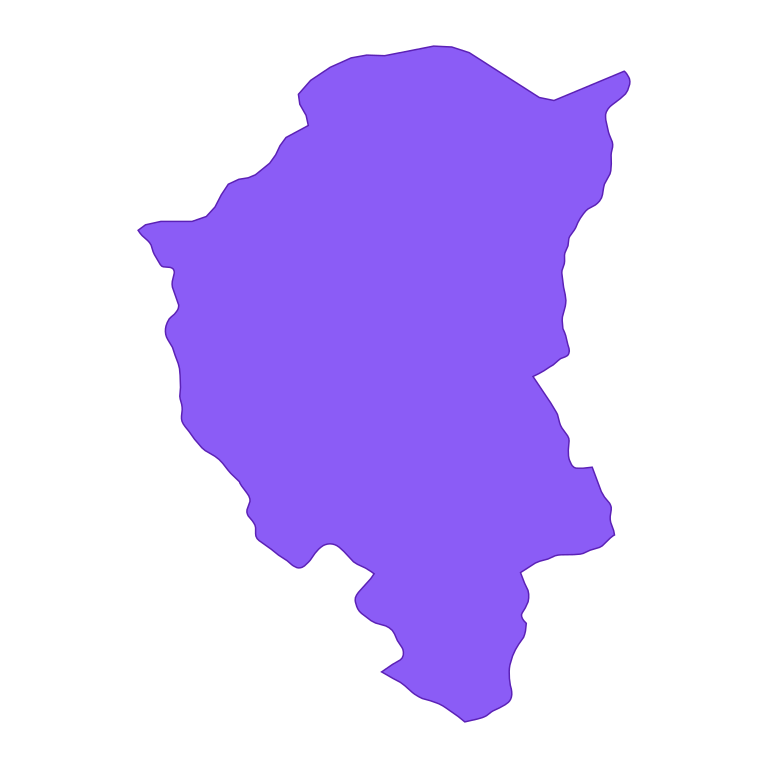 SVG path tracing the border of Severno-Backi
{"feature_id": "SRB-274", "entity_name": "Severno-Backi", "entity_type": "District", "adm_level": 1, "iso_a3": "SRB", "parent_name": "Republic of Serbia", "parent_adm1": "", "projection": "albers", "projection_center": [19.626, 45.896], "detail": "fine", "context": "isolated", "style": "filled", "palette": "violet", "viewbox_px": 768, "rotation_deg": 0, "n_neighbors": 0, "source": "natural_earth", "source_scale": "10m", "svg_char_len": 4166}
<svg xmlns="http://www.w3.org/2000/svg" viewBox="0 0 768 768"><path d="M487.7,64.5L539.3,97.5L554.0,100.5L624.2,71.2L625.4,72.2L626.7,73.8L628.8,77.3L629.5,79.0L629.9,81.6L629.7,84.2L627.7,90.3L625.5,93.9L620.3,98.6L612.4,104.6L610.1,106.5L608.2,108.7L606.3,112.0L605.6,114.6L605.6,117.3L605.8,120.0L608.5,132.2L609.4,134.9L612.3,142.0L612.7,144.5L612.6,147.1L611.4,152.4L611.1,155.1L611.3,163.8L610.8,170.7L610.0,173.9L604.4,184.2L603.6,187.6L602.5,194.6L601.5,197.9L599.5,201.1L597.5,203.2L595.3,205.0L588.1,208.9L585.9,210.8L583.5,213.7L580.3,218.2L577.8,222.7L575.7,227.7L574.4,229.9L569.8,236.3L569.1,237.8L568.8,238.9L568.0,245.8L564.9,252.9L564.5,255.2L564.6,261.1L564.3,263.7L562.0,270.5L561.8,273.0L563.6,287.3L565.2,294.7L565.9,300.4L565.7,303.3L565.3,306.2L562.4,317.0L562.2,320.4L562.9,328.6L564.6,332.5L565.7,335.6L567.8,344.5L569.0,348.4L569.3,351.1L568.8,353.5L568.2,354.7L567.4,355.6L565.3,356.8L560.6,358.6L558.3,360.4L553.2,364.9L549.6,367.0L544.2,370.6L538.9,373.6L533.0,376.5L550.7,402.9L556.3,412.2L557.5,414.5L559.6,422.7L560.5,425.3L562.0,428.1L567.6,435.8L568.8,438.4L569.1,440.9L568.3,450.1L568.5,455.9L569.0,458.7L569.6,460.5L571.2,464.0L572.2,465.7L574.1,467.4L575.9,468.1L578.0,468.2L583.2,468.2L592.2,467.2L601.3,491.6L604.4,497.0L609.7,503.4L610.6,505.3L611.2,507.2L611.2,509.9L610.2,516.5L610.2,519.4L610.7,522.4L613.7,530.7L614.5,535.0L613.2,535.7L610.4,537.9L602.3,545.8L599.5,547.4L590.1,550.2L583.2,553.4L580.2,554.1L573.9,554.6L561.0,554.8L558.0,555.1L555.0,555.8L548.0,559.0L539.8,561.2L535.4,563.0L520.5,572.6L524.6,583.3L528.0,590.4L528.7,594.1L528.7,598.0L528.1,601.8L525.3,607.9L522.2,612.9L521.5,614.7L521.7,616.8L522.6,618.9L524.0,620.9L526.3,623.3L525.5,630.9L524.7,634.2L523.6,637.3L518.6,644.4L515.4,649.8L512.6,655.9L509.9,665.0L509.4,668.3L509.2,671.6L509.4,678.5L510.3,685.2L511.3,689.0L511.7,691.7L511.8,694.5L511.4,697.1L510.7,699.1L509.7,700.8L508.4,702.3L505.2,704.7L499.4,707.9L493.2,710.8L491.4,711.9L486.5,715.7L484.5,716.7L482.3,717.6L477.5,719.0L464.8,721.9L458.2,716.5L445.5,707.6L442.7,705.8L439.1,703.9L436.5,702.9L430.3,700.7L422.3,698.5L418.7,696.7L414.9,694.4L412.4,692.5L404.8,685.7L400.3,682.3L393.1,678.5L381.6,671.9L392.5,664.4L400.3,659.9L402.2,657.9L403.3,655.1L403.4,652.0L402.9,649.4L402.1,647.7L397.4,640.6L394.5,633.9L392.3,630.4L389.1,627.7L385.7,625.9L375.5,623.0L371.1,620.7L361.5,613.4L359.4,611.3L357.8,608.9L356.7,606.4L355.4,602.0L355.2,600.3L355.4,597.7L356.6,595.0L358.4,592.4L360.7,589.8L370.7,578.7L374.1,573.8L371.0,571.5L365.4,568.0L357.4,564.3L353.5,561.8L343.9,551.5L339.3,547.3L336.8,545.6L334.8,544.7L332.7,544.1L330.0,543.8L327.3,544.1L325.2,544.7L323.3,545.5L320.9,547.2L318.6,549.2L315.0,553.3L310.3,560.1L308.5,562.1L304.5,565.9L302.1,567.3L300.3,567.8L298.4,567.9L296.8,567.6L293.4,565.9L291.7,564.7L287.1,560.7L278.5,555.1L271.3,549.3L259.1,540.6L257.1,538.6L255.9,536.1L255.6,533.7L255.6,527.7L255.0,525.2L253.8,523.0L252.4,520.9L248.2,515.9L247.4,514.1L246.9,512.2L247.0,509.8L250.0,501.4L249.9,498.9L248.8,495.9L246.8,492.9L241.5,485.8L239.9,483.1L239.4,481.7L230.9,473.5L228.2,470.4L222.7,463.3L219.1,459.5L214.8,456.2L205.2,450.6L201.9,447.8L194.5,439.2L189.2,431.7L185.1,426.6L183.3,424.0L182.0,421.3L181.5,418.8L181.5,416.2L182.2,409.8L182.1,407.1L181.7,404.4L180.2,399.0L179.8,396.3L180.5,387.4L180.1,375.4L179.5,368.6L178.2,363.5L175.1,355.3L172.5,347.4L167.8,339.6L166.5,337.0L165.7,334.3L165.4,331.5L165.5,328.7L166.0,326.0L167.3,322.4L169.2,318.9L171.3,316.8L174.4,314.2L176.4,311.7L177.5,310.1L178.3,308.3L178.6,306.7L178.7,304.9L178.3,304.0L172.4,287.1L172.1,284.2L172.3,281.3L174.2,273.4L174.3,271.9L173.9,270.3L173.1,268.9L171.8,268.0L170.2,267.4L163.3,266.8L161.8,266.2L160.3,264.6L154.4,254.6L153.1,251.7L151.1,245.1L149.6,242.7L147.7,240.6L142.1,235.6L140.0,233.1L138.1,230.3L145.5,224.8L160.9,221.4L192.1,221.4L206.3,216.5L215.0,207.0L221.3,194.8L228.3,184.2L238.8,179.3L248.2,177.8L255.4,174.8L269.7,163.2L275.7,154.8L280.0,145.7L286.0,137.5L308.3,125.5L306.1,115.4L299.8,104.3L298.4,94.3L310.6,80.4L330.2,67.3L351.1,57.9L366.7,55.1L384.7,55.7L433.6,46.1L451.8,47.0L469.3,52.7L487.7,64.5Z" fill="#8b5cf6" stroke="#5b21b6" stroke-width="1.5"/></svg>